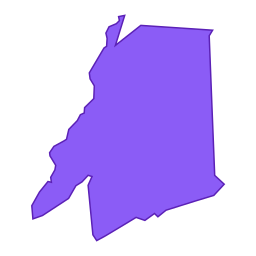 the district of Uchtepa, Tashkent, Uzbekistan
{"feature_id": "79887680B78178339313098", "entity_name": "Uchtepa", "entity_type": "district", "adm_level": 2, "iso_a3": "UZB", "parent_name": "Uzbekistan", "parent_adm1": "Tashkent", "projection": "robinson", "projection_center": [69.122, 41.261], "detail": "fine", "context": "isolated", "style": "filled", "palette": "violet", "viewbox_px": 256, "rotation_deg": 0, "n_neighbors": 0, "source": "geoboundaries", "source_scale": "gbopen_adm2", "svg_char_len": 755}
<svg xmlns="http://www.w3.org/2000/svg" viewBox="0 0 256 256"><path d="M96.7,240.6L105.5,235.8L136.1,217.4L144.9,220.4L154.5,213.5L157.9,216.8L166.0,210.2L194.3,201.3L213.8,195.4L224.2,184.2L214.7,175.4L211.9,105.3L209.2,35.8L212.6,30.2L140.8,25.4L115.4,45.4L124.7,15.4L118.6,16.6L119.4,20.6L116.3,23.7L109.0,26.8L105.9,33.1L107.1,38.4L106.6,46.3L104.0,48.0L89.3,72.9L90.1,78.9L94.3,85.8L93.8,98.6L84.6,107.6L84.2,113.0L80.4,114.7L77.3,120.6L68.8,129.4L66.5,139.3L63.8,141.0L53.9,146.4L49.6,152.7L50.0,155.9L55.7,165.3L54.9,169.9L50.7,177.3L51.4,182.3L48.0,181.5L39.5,192.0L31.8,205.7L32.9,218.9L42.5,215.5L68.6,198.4L75.9,185.7L82.0,181.9L88.1,175.3L92.0,176.5L88.1,185.3L92.9,234.8L96.7,240.6Z" fill="#8b5cf6" stroke="#5b21b6" stroke-width="1.5"/></svg>